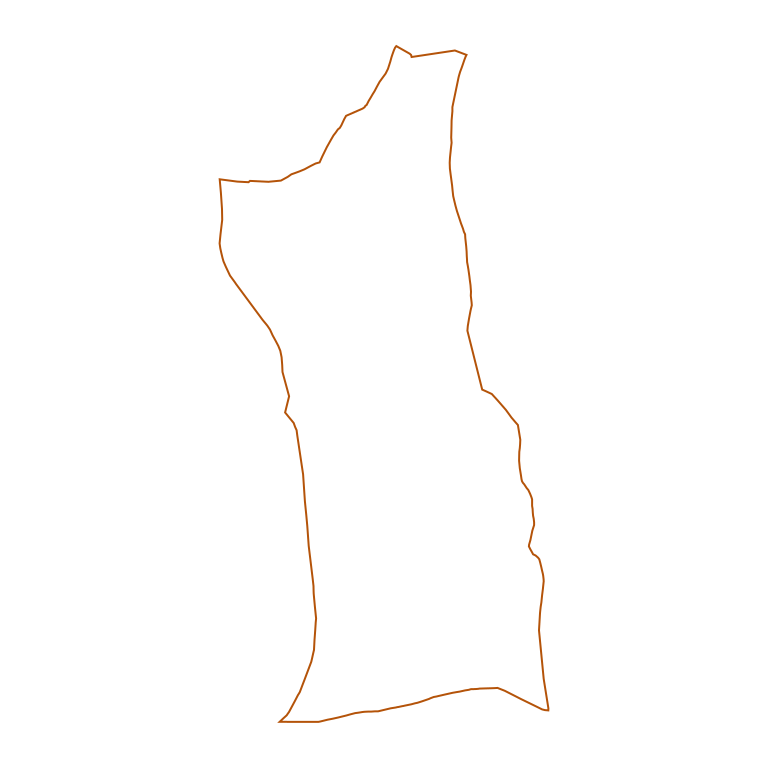 outline of Cap Estate/Saddle Back, Gros Islet, Saint Lucia
{"feature_id": "8701671B10713626030510", "entity_name": "Cap Estate/Saddle Back", "entity_type": "district", "adm_level": 2, "iso_a3": "LCA", "parent_name": "Saint Lucia", "parent_adm1": "Gros Islet", "projection": "equal_earth", "projection_center": [-60.942, 14.101], "detail": "fine", "context": "isolated", "style": "outline", "palette": "amber", "viewbox_px": 768, "rotation_deg": 0, "n_neighbors": 0, "source": "geoboundaries", "source_scale": "gbopen_adm2", "svg_char_len": 3605}
<svg xmlns="http://www.w3.org/2000/svg" viewBox="0 0 768 768"><path d="M548.3,710.4L548.4,708.4L543.7,678.9L539.0,630.4L540.0,613.4L540.2,611.2L540.7,606.7L541.4,602.2L542.1,595.2L542.9,588.9L543.3,585.0L543.7,581.3L543.6,579.3L543.2,575.8L542.8,573.6L542.0,570.3L541.2,566.7L540.3,563.0L539.3,559.3L538.1,557.7L535.6,555.5L533.1,554.3L532.1,552.4L530.4,549.4L528.9,546.4L529.1,544.6L530.4,540.1L532.3,530.8L534.1,525.1L534.1,522.2L533.7,518.7L533.1,515.8L532.8,512.6L532.6,508.9L532.1,505.9L532.1,503.4L532.1,499.4L531.5,497.4L530.1,493.8L528.3,490.0L526.7,488.1L524.2,484.3L522.9,482.8L522.0,481.2L521.5,479.1L521.0,475.6L519.8,468.2L519.1,460.8L519.2,455.6L519.3,451.8L519.8,448.1L520.1,444.3L520.3,439.8L517.9,425.0L515.6,422.4L511.5,417.6L505.9,409.9L497.9,400.7L491.8,394.0L485.8,391.2L482.2,389.6L467.4,330.7L467.8,326.0L469.0,318.8L470.5,310.8L470.9,309.0L471.8,305.3L471.6,302.5L470.8,295.7L471.0,291.7L470.5,285.1L469.9,280.7L469.4,276.5L469.0,273.6L468.4,269.4L467.8,265.8L467.1,262.1L467.0,259.3L466.8,256.4L466.6,251.4L466.2,246.3L465.3,238.1L465.1,234.3L463.9,231.8L463.0,228.7L461.0,223.4L459.3,218.2L456.9,210.9L455.5,205.8L454.1,200.0L453.2,196.1L452.6,190.7L452.1,185.5L451.4,180.2L450.6,174.2L449.9,168.6L449.7,162.7L450.0,157.3L450.6,151.6L451.1,146.8L451.6,142.8L451.2,137.7L451.4,130.6L451.5,126.1L451.6,120.3L452.4,111.3L452.4,107.1L458.6,77.2L459.1,75.3L460.1,71.9L461.5,68.2L462.8,64.5L464.4,59.8L465.6,56.7L466.5,54.9L454.9,50.5L411.6,57.0L411.1,55.0L409.7,53.7L396.3,46.1L395.1,47.6L393.9,50.3L392.5,54.2L391.5,57.2L390.3,61.6L388.0,68.8L385.6,73.6L383.4,76.6L379.6,81.8L376.8,86.9L374.6,91.1L372.6,94.3L370.4,98.1L368.8,100.7L366.6,105.0L365.4,105.8L364.6,107.2L362.6,108.6L346.1,115.8L344.3,119.0L342.8,122.2L341.3,125.4L339.8,127.9L337.9,129.4L335.6,132.7L333.5,135.4L331.0,139.7L326.8,147.2L322.3,156.4L319.6,162.4L315.6,163.5L311.0,165.8L307.1,167.9L304.5,169.3L299.7,171.3L295.1,173.0L291.4,174.3L287.7,176.9L280.9,180.6L269.3,181.7L268.6,181.8L250.0,180.9L248.5,182.2L241.1,181.8L237.3,181.6L219.7,179.3L220.9,192.8L222.0,209.0L222.1,214.3L222.2,219.9L220.5,234.3L219.6,243.4L220.3,248.3L221.3,252.9L222.5,257.9L223.5,261.4L225.8,266.7L230.0,275.6L234.9,282.3L236.1,284.1L262.6,319.9L267.3,325.6L270.0,329.6L272.6,335.3L275.4,340.4L278.3,345.9L280.3,350.8L281.6,357.3L282.2,365.0L282.5,372.0L289.1,396.3L285.1,412.5L293.7,423.0L295.1,426.9L295.5,427.8L296.6,430.2L297.3,435.6L303.1,474.4L304.9,501.3L306.3,515.3L307.3,526.2L307.6,530.4L308.7,545.8L312.7,578.9L313.5,586.1L313.6,591.1L313.7,593.6L313.9,595.9L314.9,606.7L316.1,618.5L315.7,622.6L315.6,624.4L315.2,630.6L314.5,640.1L314.3,644.1L314.0,649.9L313.5,652.0L313.0,654.2L312.2,657.8L311.3,661.7L304.3,680.3L303.1,683.4L299.8,692.1L298.6,694.1L298.0,695.0L294.9,701.0L289.0,712.0L287.7,713.8L286.7,715.3L283.6,718.1L279.7,721.8L301.3,721.9L318.3,721.9L320.3,721.5L327.6,719.7L329.7,719.3L332.8,718.7L338.2,717.5L341.0,716.8L346.3,715.5L350.5,714.3L355.2,713.1L357.6,712.8L360.2,712.4L361.9,712.1L364.2,711.8L368.2,711.6L369.7,711.6L371.2,711.6L375.3,711.3L376.9,711.3L378.2,711.3L390.7,708.3L395.8,707.5L397.4,707.1L398.3,707.0L402.5,706.1L403.3,706.0L404.5,705.7L411.3,704.3L415.0,703.3L417.4,702.8L421.8,701.4L429.1,698.9L430.3,698.3L433.7,697.0L436.5,696.5L438.5,696.0L439.4,695.8L444.6,694.6L452.6,692.8L456.6,692.1L459.7,691.6L465.1,690.4L468.9,689.8L469.8,689.5L471.2,689.1L474.0,689.1L476.3,689.0L478.5,688.8L479.3,688.6L485.6,688.4L492.8,688.2L496.7,688.0L497.5,687.9L504.8,690.8L517.2,697.1L520.7,698.9L538.1,707.4L542.1,709.4L544.9,710.1L548.3,710.4Z" fill="none" stroke="#b45309" stroke-width="2"/></svg>